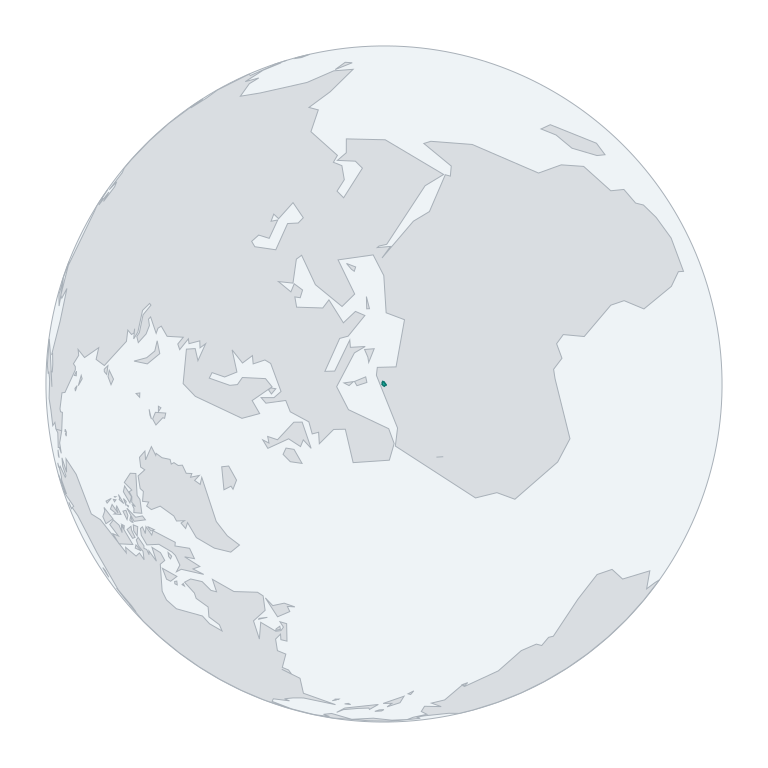 the Earth from above Guelma, rotated 259°
{"feature_id": "DZA-2218", "entity_name": "Guelma", "entity_type": "Province", "adm_level": 1, "iso_a3": "DZA", "parent_name": "Algeria", "parent_adm1": "", "projection": "orthographic", "projection_center": [7.375, 36.384], "detail": "fine", "context": "on_globe", "style": "filled", "palette": "teal", "viewbox_px": 768, "rotation_deg": 259, "n_neighbors": 0, "source": "natural_earth", "source_scale": "10m", "svg_char_len": 10841}
<svg xmlns="http://www.w3.org/2000/svg" viewBox="0 0 768 768"><g transform="rotate(259 384 384)"><circle cx="384" cy="384" r="338" fill="#eef3f6" stroke="#a8b0b8"/><path d="M197.3,102.3L216.7,91.7L207.7,97.1L214.7,93.8L226.5,87.2L232.6,83.9L272.8,70.2L313.2,58.3L322.2,54.4L323.2,56.1L337.7,49.8L357.2,47.2L337.4,50.5L337.1,51.3L351.5,49.2L354.3,49.7L362.9,49.3L365.0,50.4L353.3,53.3L354.4,54.3L364.6,52.9L373.0,53.8L358.0,55.6L371.3,57.6L354.1,64.6L312.3,71.9L304.9,79.8L267.4,98.8L273.0,99.2L262.4,107.8L264.8,111.7L257.2,115.0L265.7,115.5L272.3,111.9L278.2,111.1L280.3,113.4L270.9,117.5L268.5,117.0L266.8,119.5L261.2,120.8L265.1,121.4L253.5,126.8L267.9,125.1L261.1,132.4L252.6,135.1L249.8,130.0L223.0,126.7L213.5,129.3L203.0,137.3L190.9,161.5L181.9,167.0L172.5,177.9L179.1,176.5L188.8,167.7L198.7,168.8L209.4,158.7L215.0,158.0L227.5,150.4L229.5,157.0L224.7,167.8L214.4,174.8L212.0,180.0L225.0,178.3L208.9,197.1L203.7,220.1L199.1,224.9L184.5,224.1L176.4,210.7L157.4,213.0L173.6,217.5L161.9,230.7L161.6,235.8L164.5,238.9L170.5,236.5L167.3,242.7L150.1,239.7L152.7,234.0L158.2,234.7L154.3,228.9L142.6,228.5L137.6,236.1L125.2,230.1L121.5,235.7L116.7,238.0L123.5,229.2L111.1,245.4L95.8,245.9L78.5,275.2L91.2,245.0L93.2,235.0L94.0,226.3L91.0,230.8L96.1,215.3L93.8,213.6L82.7,231.4L72.7,252.6L68.0,267.0L71.3,261.6L70.6,269.7L61.0,288.4L58.0,309.7L52.5,327.5L50.2,342.9L51.3,349.1L51.6,363.1L55.4,358.1L59.9,362.3L56.4,378.6L61.7,369.7L62.3,383.3L73.5,403.2L71.7,405.3L80.6,441.5L96.1,467.9L99.6,483.9L97.2,488.9L103.9,497.2L104.1,502.1L135.8,533.3L156.3,556.8L158.5,572.5L147.0,581.0L149.9,609.3L132.8,602.7L137.4,612.2L139.2,617.0L122.2,597.6L106.7,577.1L92.8,555.4L80.6,532.7L70.1,509.1L61.5,484.9L54.7,460.0L49.9,434.7L47.0,409.1L46.9,406.6L46.3,394.9L48.4,384.9L50.6,360.0L50.7,352.4L48.9,355.8L51.6,326.6L56.3,304.9L65.7,270.6L74.6,248.1L85.1,226.4L97.1,205.4L110.6,185.4L125.5,166.4L141.7,148.5L159.1,131.8L177.7,116.4L197.3,102.3ZM73.4,283.7L70.5,317.3L67.3,307.6L68.8,307.3L70.5,296.6L72.1,282.0L70.7,274.9L73.4,283.7ZM82.9,277.3L83.0,272.8L83.5,276.1L82.9,277.3ZM234.8,82.5L226.5,87.2L214.7,93.3L221.4,89.2L234.8,82.5ZM257.5,72.9L254.4,74.7L246.8,77.0L251.0,75.2L257.5,72.9ZM328.0,52.1L320.6,53.7L326.8,52.1L328.0,52.1ZM363.7,49.1L364.9,48.7L368.9,48.7L363.7,49.1ZM225.6,147.5L226.5,148.9L223.7,149.6L225.6,147.5ZM230.1,143.0L226.2,142.7L227.8,140.6L230.1,140.8L230.1,143.0ZM375.7,50.7L381.7,51.4L373.6,51.1L375.7,50.7ZM234.6,144.0L231.1,136.9L233.9,133.3L245.4,131.3L234.6,144.0ZM383.8,52.1L398.4,54.5L402.3,53.4L399.6,58.7L388.1,54.4L377.5,54.0L383.8,53.2L383.8,52.1ZM273.4,109.8L266.6,113.7L270.4,108.5L273.4,109.8ZM274.4,106.8L277.7,93.4L288.8,89.3L285.5,94.3L298.4,88.0L302.2,92.4L296.0,97.0L288.0,98.6L295.6,99.2L274.4,106.8ZM395.7,61.7L397.5,63.0L393.4,62.2L395.7,61.7ZM280.9,110.4L280.5,107.8L290.2,104.0L292.6,108.5L288.7,108.3L280.9,110.4ZM299.9,84.4L307.5,82.7L312.7,85.7L316.3,85.6L303.3,92.2L299.9,84.4ZM287.6,110.3L293.6,111.0L290.9,115.0L281.9,112.7L287.6,110.3ZM291.6,101.2L296.3,99.7L294.5,102.0L291.6,101.2ZM284.8,130.7L284.2,127.1L289.2,124.7L284.8,130.7ZM296.0,111.1L296.9,109.7L298.8,108.5L302.1,109.9L296.0,111.1ZM307.9,94.2L308.4,96.0L313.5,91.6L317.6,94.1L308.1,98.3L313.9,97.6L315.2,98.4L306.1,100.9L307.9,94.2ZM311.2,107.9L300.6,114.8L300.6,121.7L296.2,123.9L296.9,112.5L311.2,107.9ZM309.0,103.5L309.3,106.6L303.6,107.5L299.9,105.9L309.0,103.5ZM323.8,94.5L319.9,89.5L322.1,88.8L323.8,94.5ZM312.3,109.6L314.8,108.0L313.0,110.0L312.3,109.6ZM321.5,98.8L319.8,97.0L322.4,96.3L321.5,98.8ZM321.3,106.4L317.9,108.5L315.2,107.4L321.3,106.4ZM322.3,102.8L326.2,102.2L316.3,105.7L321.1,102.0L322.3,102.8ZM324.2,98.4L325.1,97.4L324.5,99.3L324.2,98.4ZM333.4,109.9L321.6,114.6L315.7,111.9L328.0,107.6L333.4,109.9ZM621.9,144.0L627.6,149.9L619.2,141.8L620.2,143.7L614.2,138.3L624.9,150.5L616.7,143.5L629.0,157.2L633.5,160.2L627.2,151.4L641.3,167.3L645.6,170.3L652.5,178.9L667.5,200.2L680.9,222.6L690.0,241.5L692.6,246.9L692.0,247.3L698.5,264.2L704.4,276.7L713.9,310.7L712.3,311.7L717.4,333.9L718.7,337.3L720.3,350.5L719.4,343.9L718.8,343.8L715.1,325.3L707.3,305.5L708.3,319.5L704.5,309.1L693.9,297.9L693.3,318.0L694.7,366.0L701.0,394.4L698.8,413.7L681.1,386.9L669.8,363.1L665.6,371.8L645.6,360.4L617.3,381.9L611.3,376.6L606.4,384.3L592.1,384.0L582.3,374.7L574.5,379.9L600.0,404.0L608.2,398.4L612.4,380.9L618.2,391.1L631.8,393.8L623.5,431.8L578.3,482.5L570.8,462.2L520.6,413.3L520.4,405.5L520.0,404.7L519.2,403.4L517.8,416.6L508.1,406.1L538.2,443.9L544.6,461.5L577.7,484.1L575.4,488.8L585.1,491.6L612.5,469.0L613.3,476.3L602.3,516.3L561.6,575.9L565.3,599.8L559.5,621.5L530.4,643.5L529.2,656.6L513.6,665.5L510.2,672.8L495.5,683.0L472.5,693.7L437.4,699.5L438.1,694.4L425.0,684.7L408.1,653.5L420.0,635.6L418.1,621.7L392.4,589.6L398.3,569.4L390.6,561.1L375.3,563.6L366.1,553.3L356.6,552.9L294.8,556.1L274.3,539.6L245.9,490.5L255.8,474.1L254.7,452.1L320.9,383.3L338.2,388.9L394.0,378.2L401.6,380.6L398.5,399.1L443.2,416.4L453.5,399.7L490.5,404.5L512.8,398.0L514.6,362.6L477.9,372.4L468.1,357.6L494.6,335.6L526.1,327.7L523.3,321.8L500.4,313.9L504.7,299.9L492.2,310.2L499.5,315.0L491.8,322.0L484.7,318.2L486.5,313.1L476.1,312.9L470.3,338.4L477.1,346.0L451.8,355.8L460.7,369.8L454.9,378.3L437.8,357.9L437.2,349.2L407.7,328.4L406.1,338.1L433.7,358.8L426.4,358.0L424.4,372.7L420.2,360.9L390.4,337.0L365.6,344.2L339.2,380.1L323.6,382.6L308.2,374.7L312.7,338.7L347.0,337.4L349.0,325.9L337.7,309.1L349.1,310.6L348.7,304.0L361.2,303.0L374.6,286.7L386.6,284.4L387.7,264.4L394.1,260.8L391.6,273.4L396.3,281.5L425.8,276.7L430.3,271.7L428.7,259.4L437.0,260.3L431.6,249.1L446.5,241.4L423.8,241.9L421.3,228.9L428.0,217.4L423.1,213.6L412.1,232.4L411.4,240.0L417.4,246.2L411.9,268.7L402.6,273.6L392.9,251.4L378.7,256.3L377.4,238.0L407.9,196.4L422.7,186.9L455.9,196.7L454.8,205.4L442.4,205.8L457.6,216.6L454.6,210.3L461.5,211.4L460.8,200.3L465.7,200.6L456.7,190.0L462.6,189.2L468.2,195.9L472.2,180.2L483.3,176.4L481.9,172.8L477.2,170.0L494.4,167.7L492.6,165.2L486.2,164.9L478.5,160.0L471.5,150.7L477.8,150.4L481.2,153.7L497.9,160.7L505.9,170.3L507.8,169.3L502.3,161.0L482.0,152.3L476.0,146.9L485.9,149.8L481.8,148.3L480.8,145.6L485.8,142.8L475.0,139.3L455.5,113.0L463.1,106.1L474.1,110.9L467.1,95.1L476.3,90.3L470.4,89.8L463.1,83.0L460.1,84.3L456.8,83.7L436.6,69.2L436.8,66.2L421.5,61.2L418.5,61.2L417.5,62.9L399.6,58.7L402.3,53.4L409.1,53.6L406.3,50.9L422.0,52.1L433.7,52.5L452.5,56.7L460.2,57.3L458.1,56.3L467.0,57.2L492.2,64.0L480.7,62.7L444.6,57.5L460.1,59.5L459.2,60.7L466.4,62.6L477.1,64.5L476.7,63.6L507.3,78.0L538.3,91.0L529.7,84.1L532.8,83.7L560.6,96.7L608.6,132.6L613.3,135.8L617.5,139.7L621.9,144.0ZM302.2,421.5L301.3,428.3L302.2,421.5ZM562.6,336.5L579.4,329.3L566.4,312.1L571.8,308.2L565.3,304.2L565.3,311.0L548.9,299.1L554.1,289.4L549.3,281.3L543.4,283.4L536.4,303.4L559.9,320.0L558.4,330.5L562.6,336.5ZM74.0,403.6L74.9,409.2L72.7,406.0L74.0,403.6ZM64.4,312.5L65.0,317.1L64.4,321.8L63.5,319.3L64.4,312.5ZM75.3,348.5L77.1,354.7L74.1,350.9L75.3,348.5ZM70.6,322.2L73.7,344.1L68.1,338.9L66.5,325.4L69.0,330.8L70.6,322.2ZM77.5,284.3L77.3,288.1L75.7,290.1L77.5,284.3ZM83.3,279.8L82.9,279.0L84.1,275.4L83.3,279.8ZM163.0,230.8L164.2,231.3L166.1,235.5L162.9,235.5L163.0,230.8ZM187.9,244.2L182.2,254.0L184.1,246.7L178.6,248.1L175.8,235.1L196.7,226.7L187.7,232.5L187.9,244.2ZM177.8,216.6L177.2,225.0L177.0,216.1L177.8,216.6ZM334.2,271.5L339.8,275.6L337.0,283.2L321.7,288.4L325.6,277.2L334.2,271.5ZM348.4,279.9L343.0,257.7L352.3,254.3L348.0,259.8L354.7,259.8L349.6,268.8L363.7,288.2L362.2,296.4L334.7,300.2L344.6,294.1L338.5,290.1L348.4,279.9ZM312.9,214.3L310.7,206.7L333.7,208.9L333.1,215.9L317.8,220.9L309.5,215.7L312.9,214.3ZM255.5,142.7L253.1,141.1L255.7,139.7L259.8,139.9L255.5,142.7ZM284.1,129.2L268.4,148.9L264.9,147.9L259.8,161.8L248.7,164.6L252.4,155.3L240.0,168.4L238.9,161.2L231.5,170.7L240.8,149.7L239.3,144.4L245.2,149.1L255.5,146.5L259.5,143.8L269.6,132.4L271.3,120.6L281.8,116.9L288.7,117.4L289.9,119.6L282.7,121.2L289.4,123.1L280.0,127.2L284.1,129.2ZM363.8,136.5L355.0,135.5L366.9,143.7L357.5,146.3L359.4,147.1L354.0,152.0L350.8,159.6L346.0,159.9L346.9,162.8L343.3,166.4L342.8,170.6L334.1,172.8L332.8,178.3L329.4,176.3L329.5,185.3L325.5,179.7L320.5,184.4L327.1,187.3L281.0,193.1L264.9,201.2L253.5,211.4L248.2,201.5L255.3,186.1L269.0,170.5L285.4,164.7L280.0,161.7L286.2,158.2L287.9,162.0L289.1,154.2L294.6,152.5L306.8,141.0L305.1,131.7L309.5,127.7L313.0,130.5L314.9,124.6L324.5,127.3L327.9,124.7L340.7,125.1L345.4,132.8L348.9,129.3L358.7,130.0L363.8,136.5ZM336.9,110.3L344.8,117.9L343.5,123.3L321.7,120.4L317.3,122.4L303.3,121.6L305.5,113.9L309.3,114.8L313.5,113.9L311.1,116.6L316.2,113.8L321.6,115.0L326.9,113.3L328.0,116.2L336.9,110.3ZM408.1,373.1L413.5,373.3L421.6,371.5L420.5,381.1L408.1,373.1ZM387.5,357.1L392.1,355.5L394.5,367.4L388.8,367.5L387.5,357.1ZM392.7,344.9L392.2,354.5L389.1,349.4L392.7,344.9ZM395.7,271.6L400.4,269.5L401.7,272.2L400.0,276.9L395.7,271.6ZM397.1,164.2L392.2,162.1L393.1,160.4L387.3,152.3L393.8,150.2L399.8,154.2L397.1,164.2ZM509.5,370.2L504.3,378.5L500.3,376.3L502.9,373.9L509.5,370.2ZM461.1,381.4L473.2,383.4L460.7,384.1L461.1,381.4ZM403.2,160.5L400.0,157.3L405.2,158.3L403.2,160.5ZM398.2,148.3L404.0,148.6L393.9,149.0L398.2,148.3ZM606.8,596.7L579.8,638.5L566.9,644.7L567.6,636.7L579.6,613.5L595.6,600.4L604.4,586.8L606.8,596.7ZM721.8,374.2L720.2,365.3L720.5,358.7L721.0,359.5L721.8,374.2ZM702.0,396.1L707.2,407.3L705.4,414.1L702.0,396.1ZM696.0,254.3L698.3,260.5L696.7,256.9L692.7,246.9L696.0,254.3ZM454.2,143.0L455.1,156.1L460.1,165.3L469.7,169.6L456.6,169.7L448.9,155.5L454.2,143.0ZM454.7,116.5L446.3,113.6L449.5,111.8L451.9,112.2L454.7,116.5ZM449.9,116.9L440.4,119.4L435.4,115.9L443.9,114.5L449.9,116.9ZM422.0,138.8L421.8,142.6L417.6,141.6L422.0,138.8ZM564.4,98.2L552.5,91.2L547.9,88.5L564.4,98.2ZM546.3,87.7L548.9,89.4L528.5,82.2L522.5,79.9L534.5,82.1L537.6,84.0L543.8,86.9L546.3,87.7ZM400.5,62.4L397.8,63.0L398.2,61.8L400.5,62.4ZM455.3,84.6L450.8,83.5L451.5,81.7L455.3,84.6ZM438.7,79.8L441.0,82.5L435.9,79.7L438.7,79.8ZM446.7,88.7L440.7,83.6L450.2,88.4L446.7,88.7Z" fill="#d9dde1" stroke="#a8b0b8" stroke-width="1"/><path d="M382.3,385.3L382.4,385.1L382.4,384.9L382.4,384.6L382.2,384.4L382.2,384.2L382.0,383.9L382.0,383.7L381.9,383.7L382.0,383.5L382.2,383.4L382.5,383.3L382.6,383.2L382.7,382.9L382.8,382.8L383.3,382.5L383.5,382.5L383.6,382.4L383.8,382.2L384.0,382.0L384.4,382.2L384.5,382.3L384.5,382.5L384.8,382.6L385.0,382.6L385.3,382.4L385.5,382.4L385.7,382.6L385.8,382.6L385.8,382.8L386.8,383.2L386.8,383.3L386.4,383.7L386.2,383.7L386.1,383.9L386.1,384.0L386.2,384.3L386.1,384.5L385.9,384.5L385.3,384.8L384.8,384.9L384.8,385.0L384.7,385.1L384.2,385.2L384.1,385.3L384.0,385.5L383.9,385.5L383.6,385.4L383.4,385.4L383.2,385.4L383.2,385.5L383.1,385.8L382.9,386.0L382.7,386.0L382.5,385.9L382.4,385.8L382.4,385.7L382.3,385.4L382.3,385.3Z" fill="#14b8a6" stroke="#0f766e" stroke-width="1.5"/></g></svg>